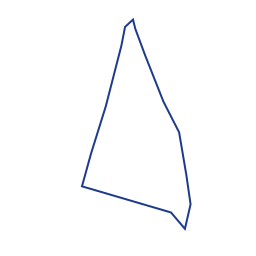 the border of Laborie, rotated 353°
{"feature_id": "LCA-5082", "entity_name": "Laborie", "entity_type": "Quarter", "adm_level": 1, "iso_a3": "LCA", "parent_name": "Saint Lucia", "parent_adm1": "", "projection": "robinson", "projection_center": [-60.981, 13.781], "detail": "fine", "context": "isolated", "style": "outline", "palette": "blue", "viewbox_px": 256, "rotation_deg": 353, "n_neighbors": 0, "source": "natural_earth", "source_scale": "10m", "svg_char_len": 339}
<svg xmlns="http://www.w3.org/2000/svg" viewBox="0 0 256 256"><g transform="rotate(353 128 128)"><path d="M172.2,235.0L160.4,217.1L75.2,180.3L88.1,149.1L108.5,104.0L131.5,45.4L137.4,27.3L146.2,21.0L147.3,30.3L153.9,58.1L166.4,106.2L178.2,138.5L180.2,182.1L180.8,211.4L172.2,235.0Z" fill="none" stroke="#1e3a8a" stroke-width="2"/></g></svg>